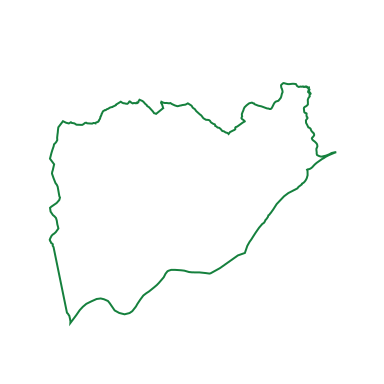 Zambrano, Bolívar, Colombia (Natural Earth projection), rotated 77°
{"feature_id": "7082276B24623397402700", "entity_name": "Zambrano", "entity_type": "district", "adm_level": 2, "iso_a3": "COL", "parent_name": "Colombia", "parent_adm1": "Bolívar", "projection": "natural_earth1", "projection_center": [-74.909, 9.762], "detail": "fine", "context": "isolated", "style": "outline", "palette": "green", "viewbox_px": 384, "rotation_deg": 77, "n_neighbors": 0, "source": "geoboundaries", "source_scale": "gbopen_adm2", "svg_char_len": 5856}
<svg xmlns="http://www.w3.org/2000/svg" viewBox="0 0 384 384"><g transform="rotate(77 192 192)"><path d="M292.3,340.0L285.9,332.4L281.8,327.9L279.3,324.2L277.2,320.1L275.9,314.6L274.8,309.0L275.2,304.9L276.7,301.9L279.3,298.4L281.8,297.2L290.0,294.0L293.5,290.1L296.0,285.2L295.9,280.1L294.7,277.0L291.0,272.4L288.8,270.4L285.3,266.7L281.9,262.7L280.3,259.2L279.3,256.4L276.3,250.2L274.8,247.3L273.2,244.8L268.7,238.7L265.7,236.2L263.7,233.7L263.4,232.3L263.2,229.8L264.1,225.9L265.8,220.3L266.9,217.2L269.3,212.9L270.3,210.0L272.1,202.6L274.1,196.8L275.4,193.4L275.4,192.2L272.5,182.0L264.1,161.5L263.3,154.2L256.9,150.2L253.4,147.0L251.6,144.9L249.4,142.7L245.9,139.1L241.9,134.7L239.0,130.8L238.2,128.8L237.8,128.4L237.4,127.9L235.7,126.6L235.6,126.3L234.8,125.2L233.3,123.6L231.9,122.8L231.6,121.8L230.4,120.5L230.3,120.2L227.2,116.7L222.8,112.2L216.9,103.3L214.7,98.4L212.2,88.5L211.0,87.1L209.3,83.3L208.7,83.1L208.6,82.9L208.2,81.6L207.8,80.7L206.7,79.2L205.5,78.0L204.4,77.1L201.7,75.6L198.0,74.8L197.2,74.7L196.2,74.9L196.0,74.3L196.0,73.5L196.1,73.3L196.0,72.0L195.5,70.4L194.7,68.9L193.8,67.7L192.7,66.0L191.6,63.9L189.1,57.8L188.6,55.9L187.8,53.9L186.9,50.5L185.8,44.2L185.7,42.6L185.4,43.4L185.4,46.4L185.4,47.2L185.9,48.9L186.1,49.5L186.5,52.0L186.7,53.5L186.7,57.7L186.3,58.8L185.4,60.3L184.3,61.6L183.9,61.9L182.7,61.9L181.5,61.6L178.8,61.3L177.5,60.9L177.1,60.4L175.6,59.5L173.7,59.4L172.3,59.9L171.9,60.2L170.4,61.1L169.2,62.2L168.7,62.5L168.3,62.8L166.9,63.2L166.5,63.0L166.0,62.6L165.4,61.5L164.3,60.3L163.9,60.1L162.3,60.1L162.0,60.5L161.4,60.6L160.2,61.5L159.8,61.7L158.0,62.2L157.1,62.2L155.8,63.1L155.6,63.6L155.2,64.1L152.5,64.7L150.3,65.3L147.9,64.9L147.1,64.2L146.6,63.4L146.1,62.9L145.9,62.8L145.1,62.8L144.9,62.9L144.6,63.3L142.9,63.2L141.3,62.7L141.0,62.9L140.2,64.2L139.5,64.6L139.0,64.6L135.7,64.2L135.1,63.9L134.5,63.1L134.1,61.6L133.7,60.7L132.9,59.5L132.8,59.4L130.2,58.8L128.4,58.5L127.8,58.2L126.3,57.1L125.4,55.8L123.9,55.7L122.9,54.3L122.7,54.3L122.5,54.6L122.2,54.6L122.1,55.0L121.8,55.0L121.7,55.6L121.4,55.6L121.3,56.0L120.6,56.4L120.0,56.1L119.9,55.9L119.5,55.7L119.7,55.1L119.0,55.1L118.8,54.7L118.5,54.5L118.3,54.7L117.6,54.9L117.3,55.3L116.5,54.5L116.4,54.5L116.4,55.2L116.0,55.6L115.7,56.1L115.7,56.8L115.6,57.0L115.4,57.1L115.1,56.5L114.9,56.7L114.7,57.6L114.7,58.2L115.0,58.6L114.8,59.1L114.7,59.7L114.4,59.9L114.3,60.3L114.1,60.3L114.0,61.9L113.6,62.7L113.7,63.9L113.6,64.4L113.5,64.6L112.4,65.7L110.2,66.5L109.5,68.4L109.1,70.2L108.8,72.8L108.5,74.2L107.7,75.9L106.5,78.1L106.5,78.7L107.6,80.8L107.8,81.0L108.3,81.3L110.5,81.5L111.6,81.2L113.4,81.1L114.7,81.2L115.1,81.3L115.5,81.5L116.1,82.1L119.3,83.7L120.5,84.6L120.9,85.3L121.4,85.7L122.0,86.7L122.5,87.2L122.6,87.6L122.7,89.7L123.2,90.9L123.8,91.7L124.4,92.3L127.1,94.5L128.2,95.5L128.7,96.3L128.8,96.9L128.6,97.7L127.9,98.7L127.5,100.0L126.8,101.1L125.6,102.9L124.1,105.2L122.8,108.0L120.8,110.9L120.3,111.5L119.7,111.6L119.2,112.6L118.4,113.5L118.4,114.3L118.4,115.8L118.5,116.5L119.7,119.1L120.2,120.0L120.7,120.7L121.1,121.5L121.5,121.9L122.6,122.8L123.7,123.4L124.6,124.0L125.2,124.5L127.3,125.9L129.1,126.2L129.5,126.1L130.9,127.1L131.4,127.2L132.2,126.8L132.6,126.5L133.1,125.9L134.9,124.7L135.1,124.7L135.8,127.0L138.2,132.7L138.5,133.6L138.6,134.8L138.8,135.1L139.3,135.5L140.4,135.6L140.8,136.1L141.1,136.8L141.3,138.0L142.2,141.6L143.3,142.8L143.7,143.3L143.1,143.6L142.3,144.4L141.8,145.4L141.5,145.9L140.0,147.3L139.5,148.5L139.3,148.8L137.1,149.9L135.6,151.0L135.1,152.3L134.8,152.7L133.5,153.6L132.9,154.5L132.7,154.5L132.1,154.4L131.2,154.6L130.9,155.1L130.4,155.9L128.6,157.7L128.1,158.0L126.6,158.5L126.0,159.0L125.6,159.6L125.3,160.3L124.8,162.1L123.6,163.4L122.8,164.2L122.1,164.6L120.2,165.4L119.1,166.0L118.4,166.7L116.1,168.3L114.1,169.7L111.9,170.6L110.4,172.0L109.8,172.4L108.4,172.8L107.9,173.0L107.3,173.5L104.7,176.1L105.4,178.7L105.1,182.1L105.2,182.9L105.1,184.4L105.2,186.0L105.1,187.0L103.8,189.2L101.7,191.9L100.6,192.9L100.4,193.2L100.5,193.9L100.4,194.5L99.5,196.8L99.2,198.4L98.5,199.9L97.2,201.5L98.1,202.1L100.0,201.5L101.8,201.3L103.5,201.3L103.8,201.2L107.8,209.4L107.0,210.5L106.7,211.2L104.7,212.0L99.7,214.8L98.2,216.3L97.1,216.6L95.5,217.8L93.4,218.9L92.2,219.8L90.3,222.4L91.8,223.9L92.5,224.1L93.0,225.1L92.5,225.5L92.9,226.0L93.0,226.6L92.9,226.9L92.6,227.2L92.4,228.2L92.2,228.8L92.3,229.1L92.3,229.9L91.0,231.3L90.7,231.4L90.0,231.9L89.7,232.4L89.8,232.8L90.6,233.5L91.1,234.2L91.5,235.1L91.4,235.5L91.1,236.5L90.4,237.8L90.0,239.0L89.2,240.0L88.0,241.1L89.7,246.2L89.8,246.4L90.2,246.5L90.3,246.7L90.7,248.4L90.8,248.8L91.0,249.9L91.3,250.4L91.2,251.4L91.3,252.7L91.4,253.3L92.0,254.8L92.2,256.4L92.8,257.7L92.8,258.1L92.6,258.4L93.3,260.5L93.6,260.8L95.5,262.3L95.6,262.5L96.5,262.9L97.3,263.6L97.9,263.9L98.1,264.3L99.1,264.7L100.3,265.5L100.8,266.2L101.6,266.6L101.7,267.0L102.4,267.5L102.7,268.6L102.6,269.2L102.6,269.4L103.0,270.4L103.4,270.6L103.0,271.2L102.6,272.5L102.9,273.9L101.5,278.7L100.7,279.5L100.6,280.6L101.6,282.8L101.9,284.0L100.4,289.5L98.7,291.1L97.6,293.7L96.8,294.3L97.5,296.6L96.2,299.1L94.0,301.8L98.9,307.7L101.6,308.7L103.8,309.4L105.9,310.2L108.8,311.2L111.1,311.6L112.7,313.0L113.7,314.3L114.5,315.7L116.3,316.5L119.8,318.7L122.4,320.2L127.6,322.9L134.0,320.1L139.5,322.8L141.0,323.7L142.6,324.3L147.2,323.8L152.6,323.0L154.6,322.1L156.6,321.7L166.3,322.2L167.7,321.9L169.9,323.1L172.3,326.4L174.7,332.5L175.5,333.9L179.3,334.2L183.2,332.7L184.7,331.5L186.7,330.4L189.5,330.2L193.3,330.5L195.6,330.4L197.5,330.4L200.5,333.8L201.6,335.8L202.1,337.2L203.0,338.6L205.1,340.4L206.6,341.4L207.1,341.2L207.7,341.3L208.4,340.9L210.0,340.7L210.3,340.5L210.9,339.7L211.3,339.5L211.8,339.4L212.8,339.8L213.2,339.8L214.5,339.3L281.5,341.0L282.8,340.2L283.9,339.9L284.9,339.4L288.3,339.4L289.4,339.5L290.6,339.5L292.3,340.0Z" fill="none" stroke="#15803d" stroke-width="2"/></g></svg>